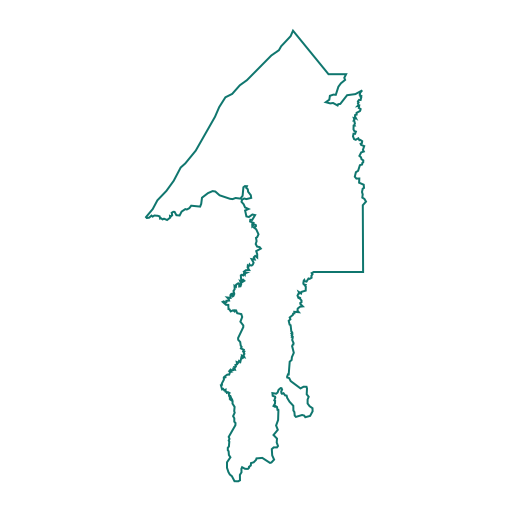 Manicoré, Amazonas, Brazil (Natural Earth projection)
{"feature_id": "56859067B26711043280922", "entity_name": "Manicoré", "entity_type": "district", "adm_level": 2, "iso_a3": "BRA", "parent_name": "Brazil", "parent_adm1": "Amazonas", "projection": "natural_earth1", "projection_center": [-61.559, -6.788], "detail": "fine", "context": "isolated", "style": "outline", "palette": "teal", "viewbox_px": 512, "rotation_deg": 0, "n_neighbors": 0, "source": "geoboundaries", "source_scale": "gbopen_adm2", "svg_char_len": 6099}
<svg xmlns="http://www.w3.org/2000/svg" viewBox="0 0 512 512"><path d="M253.7,462.3L256.0,459.9L256.5,458.4L262.3,457.9L270.0,462.9L271.4,462.5L274.1,459.6L272.2,455.4L271.8,449.1L273.7,447.4L277.0,447.4L278.0,446.0L276.7,442.5L277.0,438.6L273.5,435.0L277.8,429.8L276.1,425.5L278.1,420.0L278.4,410.8L278.3,409.9L277.5,409.9L277.0,407.0L275.5,406.0L275.0,406.8L273.5,406.0L275.0,403.5L275.1,400.8L274.3,400.4L275.3,397.7L275.1,396.7L272.7,395.8L272.4,393.1L276.2,393.7L277.6,392.5L278.6,389.8L280.6,388.1L281.5,388.2L282.1,389.6L281.2,391.3L281.4,393.1L282.0,393.8L283.5,393.2L285.1,395.4L286.6,395.6L287.2,397.9L289.5,401.7L293.3,405.8L293.4,410.5L294.4,412.1L294.7,415.6L295.9,416.9L302.1,415.0L304.2,415.6L305.3,417.2L310.1,415.9L312.6,411.3L312.5,408.2L309.6,406.2L307.6,403.5L307.6,399.5L308.7,396.8L306.7,394.3L307.0,388.5L306.5,386.8L303.6,386.7L300.5,388.4L290.7,381.1L289.2,378.1L287.2,377.5L287.1,376.7L288.0,374.3L288.7,374.4L289.7,361.7L291.6,360.0L291.9,357.1L293.8,352.8L292.1,346.1L292.8,344.6L294.1,344.3L293.3,344.1L293.6,343.2L292.2,340.0L292.7,337.7L291.9,337.1L292.6,336.4L291.7,335.5L292.4,334.1L291.4,333.5L292.2,332.4L291.3,331.3L290.6,325.2L289.6,324.6L288.7,320.8L290.4,319.3L289.7,317.5L292.9,314.9L293.1,313.7L294.4,313.4L294.3,311.8L298.8,312.2L297.5,310.6L297.7,308.6L300.0,306.7L302.8,306.4L300.3,303.9L300.3,302.9L301.5,302.2L301.5,300.5L300.0,298.7L300.1,297.9L298.8,297.3L299.1,298.2L298.4,297.9L297.5,295.6L298.4,293.8L299.3,293.5L298.7,291.9L301.1,293.4L301.4,291.9L305.7,290.6L305.8,286.7L305.1,285.8L305.6,284.9L303.7,284.4L303.3,283.2L303.8,280.5L304.3,280.0L304.6,281.2L306.5,281.6L308.5,278.5L309.6,278.9L311.6,277.7L311.4,275.8L312.5,274.2L311.7,273.1L313.7,272.0L363.1,272.0L362.8,205.2L366.0,201.6L364.4,198.9L362.3,197.6L362.7,194.4L362.0,192.0L362.7,188.7L364.0,187.9L363.7,184.7L359.1,182.7L359.3,178.5L356.4,178.6L354.8,176.7L355.9,172.2L358.1,170.8L359.9,165.2L362.1,164.5L362.4,162.8L363.2,162.3L363.3,160.4L361.5,159.2L361.0,157.3L359.4,155.9L361.2,152.4L363.8,151.5L362.9,149.9L364.2,146.1L361.1,144.9L360.6,143.8L361.9,143.1L362.2,141.2L360.3,139.9L359.4,140.2L358.3,138.3L355.7,139.8L354.1,139.1L353.0,136.4L353.5,133.7L355.1,133.8L355.9,131.6L354.4,131.1L353.5,129.5L353.6,125.7L354.6,125.6L354.2,125.0L354.9,123.5L354.2,120.6L353.7,120.6L354.3,119.2L353.9,118.2L354.8,118.5L354.9,117.4L355.8,118.0L354.9,116.2L355.2,114.9L356.6,114.6L356.6,112.8L359.9,111.1L360.5,109.8L360.6,109.0L358.8,108.0L359.2,105.7L357.6,106.0L358.6,104.9L357.9,103.2L358.6,102.4L357.9,101.4L359.1,99.8L360.6,100.0L361.3,97.2L360.5,96.7L361.2,95.9L359.7,94.9L360.2,92.7L362.2,90.4L355.4,94.1L347.1,95.2L340.3,103.9L338.2,104.2L337.6,105.5L333.1,103.0L330.2,103.4L325.8,102.2L329.3,99.7L329.9,95.8L333.5,94.6L335.8,94.8L338.4,86.7L340.9,83.3L345.1,79.9L344.3,77.8L346.1,74.2L328.5,74.2L293.0,30.7L290.6,36.2L281.2,46.2L278.9,50.2L271.3,55.5L247.0,80.1L239.8,85.3L232.2,93.9L225.4,97.3L219.2,107.1L215.0,116.8L195.7,150.7L185.3,163.4L180.7,167.5L173.7,180.8L166.4,190.9L157.4,200.3L152.7,209.1L146.0,217.1L146.8,218.0L149.1,217.7L151.5,215.6L152.6,216.6L154.4,215.5L157.8,215.8L159.6,216.4L160.1,218.5L160.8,218.1L162.6,219.4L164.0,218.7L167.1,220.0L170.1,217.7L170.0,215.9L171.1,216.3L172.2,215.2L171.7,212.8L173.3,211.8L174.6,211.9L176.4,215.2L179.6,215.5L181.6,211.6L185.3,209.1L186.8,209.5L189.3,208.2L191.2,205.7L200.1,206.6L201.2,203.9L202.0,197.7L208.0,193.1L212.6,191.1L215.3,191.5L219.6,195.3L230.0,198.8L232.6,199.1L235.6,198.0L240.4,198.6L242.6,195.8L243.4,187.3L244.9,186.1L246.9,186.2L246.2,187.8L247.8,189.3L248.1,191.7L250.8,195.2L251.2,197.9L246.3,199.1L244.2,198.5L242.1,199.6L241.5,201.8L243.7,204.3L245.0,207.4L248.5,209.0L245.1,210.5L246.4,216.4L248.9,217.0L252.4,214.5L255.1,215.1L252.2,219.9L250.3,219.8L250.1,221.5L253.3,222.8L252.2,224.1L252.3,226.2L254.1,224.3L255.9,225.2L255.9,226.3L253.9,227.5L256.2,229.3L258.5,234.3L257.2,237.1L256.0,237.9L256.6,241.1L255.7,244.0L257.1,246.6L259.6,247.1L260.8,248.6L256.2,251.1L257.2,254.1L257.2,257.5L255.2,255.9L253.8,257.3L254.7,259.5L251.6,259.1L253.6,262.7L252.8,264.6L251.7,265.5L250.0,265.3L249.5,264.5L248.6,266.5L247.8,265.7L247.6,267.5L249.2,270.1L245.9,270.2L243.9,271.7L244.6,272.6L246.4,272.8L245.2,273.3L244.9,274.7L244.0,273.4L243.2,275.4L241.6,274.8L240.8,275.4L241.2,280.4L243.0,279.6L244.3,280.8L241.6,282.5L240.3,281.5L241.2,284.2L240.5,286.3L239.2,286.5L239.2,284.0L238.2,283.3L236.1,284.7L235.9,286.7L234.5,285.8L234.7,289.1L233.5,291.0L234.3,293.9L233.5,295.9L232.7,296.4L232.2,295.5L232.7,293.6L231.3,293.9L230.4,295.1L230.6,297.9L227.2,297.5L228.8,299.2L229.1,300.6L226.4,300.8L226.4,302.2L225.6,302.7L223.7,301.4L222.7,301.9L226.0,304.8L228.3,304.9L228.5,309.1L229.4,309.3L230.7,311.4L233.1,310.3L234.5,311.4L234.8,310.3L236.1,310.4L237.2,313.2L241.3,314.1L242.2,317.0L240.4,321.7L243.3,325.4L243.3,327.1L238.1,338.0L238.2,339.8L240.2,342.0L240.7,345.6L241.6,346.9L240.9,348.4L243.8,349.8L243.2,351.3L244.3,351.6L243.7,352.7L244.4,353.9L243.5,355.2L244.2,356.8L241.9,355.6L242.1,357.3L243.0,357.8L242.1,358.3L241.3,357.7L240.3,362.0L239.0,361.0L238.4,362.7L236.7,362.0L237.1,364.3L235.4,365.0L235.9,366.5L235.3,367.1L234.2,367.1L234.9,369.5L233.3,368.9L233.4,370.1L231.5,370.3L230.6,369.6L229.3,371.1L230.8,371.9L230.0,372.1L229.2,374.6L227.3,374.6L224.5,376.7L225.1,377.4L223.8,377.8L223.9,379.6L221.8,383.6L222.0,384.8L220.9,385.2L222.1,389.4L223.2,388.9L224.3,390.4L225.6,389.7L225.6,391.7L226.8,392.0L226.9,392.8L228.3,392.3L229.4,393.0L228.8,393.5L229.1,395.9L230.3,395.9L231.0,397.6L229.9,397.3L229.7,397.9L230.4,399.5L232.1,399.5L232.3,400.3L231.4,400.3L232.6,401.2L232.5,403.6L234.6,406.9L234.2,411.1L234.7,412.7L233.1,416.1L234.3,418.3L234.3,421.7L235.5,423.0L235.4,425.2L228.7,436.9L229.5,438.9L228.7,440.6L229.3,441.6L228.9,446.5L227.8,447.8L227.8,450.2L228.6,451.2L228.9,455.0L230.4,457.3L227.0,462.3L227.0,467.8L228.4,472.0L229.8,474.5L231.9,476.2L234.5,481.2L238.2,481.3L240.0,480.3L239.9,474.9L241.5,472.3L241.4,468.8L242.1,467.2L245.0,468.8L247.9,468.9L249.1,467.7L249.0,466.8L250.8,465.5L251.0,463.1L253.7,462.3Z" fill="none" stroke="#0f766e" stroke-width="2"/></svg>